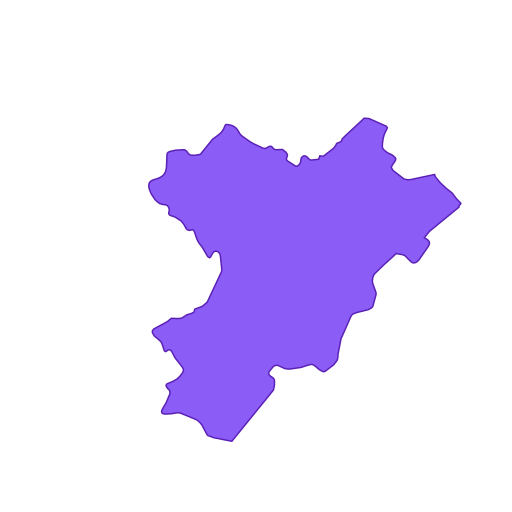 SVG path tracing the border of Samarkand, rotated 307°
{"feature_id": "UZB-358", "entity_name": "Samarkand", "entity_type": "Region", "adm_level": 1, "iso_a3": "UZB", "parent_name": "Uzbekistan", "parent_adm1": "", "projection": "albers", "projection_center": [66.398, 39.959], "detail": "fine", "context": "isolated", "style": "filled", "palette": "violet", "viewbox_px": 512, "rotation_deg": 307, "n_neighbors": 0, "source": "natural_earth", "source_scale": "10m", "svg_char_len": 4260}
<svg xmlns="http://www.w3.org/2000/svg" viewBox="0 0 512 512"><g transform="rotate(307 256 256)"><path d="M428.6,349.6L427.2,351.5L425.4,359.1L424.5,367.2L424.4,374.5L422.5,381.2L421.4,387.9L420.4,388.2L419.0,387.8L417.4,388.4L417.1,388.7L380.2,379.7L372.0,379.4L371.9,380.4L372.2,382.3L372.2,383.3L372.1,384.3L371.8,385.4L371.2,386.2L370.5,386.9L369.6,387.3L367.8,387.8L350.8,388.5L348.5,388.1L347.4,387.7L346.4,387.1L345.6,386.4L344.9,385.3L344.7,383.7L345.0,380.6L345.9,375.1L345.3,372.3L342.2,366.4L338.9,365.9L325.8,363.4L313.7,361.5L311.7,361.5L308.9,362.3L306.5,363.7L305.3,364.7L304.3,365.8L299.3,373.4L297.9,374.9L286.4,379.5L285.1,379.7L283.1,379.1L280.6,377.9L271.5,370.5L267.6,368.1L264.7,368.2L242.5,373.4L241.7,373.4L227.0,380.6L223.8,382.7L221.3,383.6L215.8,383.5L205.6,380.7L204.6,380.0L203.9,378.8L203.5,376.5L203.4,375.0L203.4,373.6L203.6,370.5L203.6,367.4L203.1,366.2L202.7,365.3L198.8,362.3L194.2,359.1L186.2,351.2L184.6,348.9L183.8,347.4L183.7,347.3L183.3,346.2L181.9,339.7L181.5,338.9L181.0,338.1L180.3,337.4L179.5,336.9L178.6,336.5L177.1,336.3L172.3,336.1L170.6,336.4L169.3,337.2L169.0,338.2L168.8,339.3L168.9,342.3L168.9,343.3L168.6,344.3L168.1,345.2L167.4,345.9L164.2,348.3L160.9,350.0L159.1,350.6L93.5,348.2L85.5,331.7L83.7,325.8L83.8,324.6L88.5,314.4L88.9,312.8L89.3,311.0L89.5,308.1L89.3,306.5L84.9,289.7L83.6,287.8L82.5,286.5L79.5,283.8L75.0,278.5L73.9,276.0L74.2,275.0L74.9,274.3L75.8,273.8L77.2,273.4L84.8,272.5L94.0,270.2L95.2,269.4L96.5,268.2L97.1,264.8L97.5,263.6L98.3,262.2L99.3,261.8L100.4,261.9L105.5,264.9L110.0,266.9L114.3,267.6L118.6,267.6L120.6,267.0L122.0,266.1L123.0,263.7L125.7,253.5L126.1,252.3L128.6,247.1L129.2,245.5L129.3,244.4L129.1,243.5L128.5,242.7L127.7,242.2L126.6,241.9L125.6,241.7L125.1,241.0L125.2,239.7L129.2,233.9L129.7,232.9L130.0,232.3L130.3,231.4L130.5,230.3L130.8,226.3L130.8,223.9L131.0,222.8L131.4,221.6L132.3,219.7L133.2,218.7L134.2,218.2L136.5,218.4L150.3,224.7L153.3,225.4L153.8,225.6L155.3,225.9L159.2,231.5L161.6,234.0L167.7,236.3L170.6,238.6L173.6,240.2L176.8,239.1L183.4,243.4L189.8,244.8L222.7,237.9L224.4,237.0L234.3,227.8L235.7,226.2L236.4,224.5L236.5,223.0L236.1,221.7L235.2,220.5L234.1,219.9L232.6,219.7L231.3,219.8L228.4,220.3L227.3,220.2L226.6,219.8L226.4,218.7L226.7,217.2L230.6,207.9L231.8,203.4L232.8,200.8L234.1,198.3L237.9,192.8L238.7,191.4L238.9,189.5L236.5,187.6L236.0,186.6L235.6,185.1L235.8,183.8L237.9,179.3L238.9,175.0L238.4,167.9L236.8,163.1L236.8,161.7L237.6,160.5L240.5,159.1L241.6,158.0L242.8,155.7L242.9,154.2L242.3,152.6L241.2,150.9L239.9,147.4L239.9,144.1L240.4,141.0L242.3,135.6L243.6,133.1L245.0,130.8L246.7,128.8L248.6,127.4L250.6,126.7L252.7,127.0L255.0,128.1L258.1,130.4L260.8,132.0L263.5,133.1L266.0,133.4L269.0,133.0L272.5,131.4L283.4,123.9L284.9,123.3L286.2,123.5L287.9,124.5L292.2,128.2L297.3,134.2L297.8,135.0L298.0,135.9L297.9,137.8L297.0,140.9L297.0,141.8L297.1,142.5L297.5,143.4L298.0,144.3L299.7,146.6L302.7,149.5L303.9,150.4L323.0,151.0L329.3,152.9L331.7,153.5L334.2,153.9L337.6,153.7L341.6,152.8L342.5,152.7L343.3,153.3L344.1,154.6L345.3,157.1L345.9,159.0L346.2,160.9L346.1,163.6L345.2,166.5L343.9,169.6L343.6,170.7L343.5,172.0L343.4,173.3L343.7,182.7L344.1,186.0L346.3,196.4L346.7,197.4L347.2,198.4L348.4,199.2L351.5,200.7L352.3,201.4L352.8,202.3L352.7,203.7L352.3,204.9L352.3,206.3L352.8,207.9L357.0,213.0L356.9,217.6L356.2,219.4L355.8,220.1L355.0,220.7L352.2,221.7L351.4,222.2L351.0,223.1L350.9,224.1L351.6,233.1L352.1,234.1L352.8,235.0L354.6,235.4L355.9,235.5L357.1,235.3L358.0,234.9L360.9,233.4L361.7,233.2L362.6,233.2L363.8,233.4L364.9,234.1L365.7,235.4L365.8,238.1L365.3,239.4L365.4,241.0L365.6,242.1L371.0,247.9L373.0,247.1L373.7,247.0L374.4,246.7L376.3,249.8L388.3,253.0L390.1,253.2L392.5,253.1L393.6,252.8L394.6,252.7L397.1,254.3L398.2,254.8L399.6,255.0L401.1,254.4L404.7,254.8L431.2,259.5L433.8,263.6L438.1,282.1L437.5,283.7L435.2,284.3L434.0,284.4L429.9,285.4L426.6,286.7L421.9,289.3L419.5,291.0L418.3,292.3L418.0,293.1L417.7,294.5L417.6,297.4L417.7,299.2L417.9,300.6L418.2,301.6L418.6,303.6L418.6,304.8L418.5,307.1L418.2,308.3L417.5,309.3L416.2,309.8L414.9,310.0L410.3,310.2L408.2,310.7L407.3,312.6L406.8,314.2L406.6,328.0L408.2,331.3L410.4,333.8L416.9,339.4L428.6,349.6Z" fill="#8b5cf6" stroke="#5b21b6" stroke-width="1.5"/></g></svg>